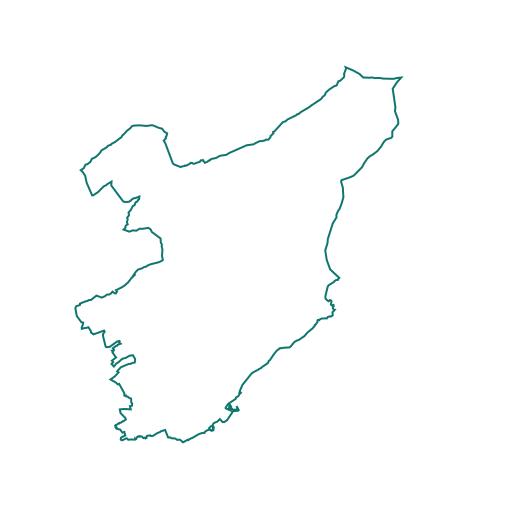 Holmestrand nor, Vestfold, Norway, rotated 74°
{"feature_id": "86288312B24065042628748", "entity_name": "Holmestrand nor", "entity_type": "district", "adm_level": 2, "iso_a3": "NOR", "parent_name": "Norway", "parent_adm1": "Vestfold", "projection": "orthographic", "projection_center": [10.216, 59.512], "detail": "fine", "context": "isolated", "style": "outline", "palette": "teal", "viewbox_px": 512, "rotation_deg": 74, "n_neighbors": 0, "source": "geoboundaries", "source_scale": "gbopen_adm2", "svg_char_len": 6140}
<svg xmlns="http://www.w3.org/2000/svg" viewBox="0 0 512 512"><g transform="rotate(74 256 256)"><path d="M415.0,377.5L413.8,372.3L414.4,371.7L413.7,370.5L413.1,366.4L411.6,360.8L411.3,357.9L411.6,354.7L412.6,354.3L411.6,354.3L410.6,352.8L410.1,350.8L410.0,348.6L411.8,346.9L411.8,346.2L409.8,348.3L408.6,348.6L407.4,346.7L407.2,345.4L408.9,344.5L411.7,345.7L410.6,344.4L408.9,343.8L406.8,344.4L405.6,343.4L404.9,342.2L404.5,338.8L402.8,335.7L406.4,333.9L406.9,332.4L405.9,329.1L398.8,320.7L399.8,315.9L399.4,315.1L394.9,316.0L398.6,316.0L397.4,320.7L394.8,321.8L397.7,322.8L397.2,323.4L394.4,322.8L393.8,321.5L390.9,322.4L391.0,322.9L392.6,322.6L396.0,324.8L394.1,327.1L393.3,326.9L390.5,323.5L387.7,314.9L386.5,314.2L385.9,311.7L383.9,309.6L383.3,309.9L382.3,309.3L384.1,307.8L382.0,308.9L381.2,308.7L376.1,304.5L367.7,292.6L367.0,290.7L365.8,284.8L365.5,284.4L365.1,281.9L364.4,280.8L362.6,275.2L361.9,273.7L360.3,272.6L359.9,271.3L354.9,265.3L352.4,261.6L351.8,259.4L351.3,259.1L351.3,257.7L351.7,257.2L351.7,255.4L353.1,248.9L352.5,247.4L350.4,244.7L349.1,242.4L348.5,239.9L348.6,238.4L346.3,231.5L343.7,227.5L341.2,221.7L339.5,218.9L338.5,218.5L338.4,217.7L336.5,215.3L334.8,214.6L334.5,213.9L335.2,213.1L334.5,211.9L334.2,210.0L335.5,205.0L334.5,203.9L334.3,201.7L334.9,200.9L334.2,198.6L331.2,198.0L329.4,195.1L328.7,196.2L327.2,196.5L326.1,196.0L325.6,195.1L324.4,195.0L324.3,196.9L323.1,197.4L320.7,196.0L319.7,196.0L318.7,197.0L319.5,198.7L317.6,200.2L316.1,200.9L313.8,200.4L305.5,195.7L304.2,194.4L302.4,188.2L301.8,187.5L301.2,185.7L301.5,183.6L300.6,183.2L300.0,182.0L289.3,188.4L279.4,189.1L269.7,187.9L263.3,183.7L259.5,182.3L245.8,173.2L241.1,168.0L238.5,167.3L235.4,164.8L234.2,163.1L229.3,159.3L223.6,155.8L214.3,153.7L208.3,153.7L206.7,153.0L206.2,143.9L205.8,140.6L205.3,139.2L199.8,129.5L196.8,126.7L192.9,122.0L191.4,118.8L190.9,116.4L188.7,110.6L185.6,106.0L181.6,101.7L180.0,98.9L179.7,93.5L178.9,92.1L173.7,90.6L168.5,83.1L167.3,82.5L164.1,81.9L154.9,82.5L151.6,81.0L132.9,78.5L127.7,72.4L124.5,67.2L123.7,71.6L123.7,74.3L122.9,77.4L120.3,85.4L119.0,87.8L117.7,92.8L116.3,95.4L116.0,97.6L113.9,103.8L109.6,106.3L104.3,111.6L99.3,117.8L100.6,117.7L105.4,121.3L106.6,121.2L108.5,122.3L110.8,126.9L110.8,128.7L114.2,131.4L114.4,132.5L114.2,133.5L116.1,139.6L118.1,143.7L120.2,145.4L121.8,148.7L123.0,150.0L126.5,161.2L127.7,164.3L130.1,173.5L131.3,176.0L131.0,177.1L131.7,178.3L133.4,187.9L134.6,190.4L134.8,193.4L141.4,204.1L141.5,205.4L142.9,205.5L144.8,209.0L145.9,209.5L147.6,212.0L146.9,214.5L147.4,215.6L147.1,219.2L146.6,220.7L147.4,225.7L148.0,227.4L147.0,234.6L149.6,253.3L150.6,256.7L149.8,262.2L149.9,263.9L150.8,267.3L150.4,272.5L151.4,274.1L151.1,274.4L152.1,277.2L152.3,279.5L149.1,280.6L149.4,281.4L148.8,282.6L150.1,284.3L150.0,286.5L150.3,289.7L150.0,290.9L148.8,291.9L148.5,293.2L148.9,293.5L150.0,298.5L149.4,299.3L149.8,300.3L149.5,302.5L149.8,303.8L146.0,308.8L144.2,310.4L122.6,312.1L119.7,312.9L118.0,310.1L116.9,310.1L115.8,308.8L113.6,307.6L111.3,309.8L107.7,311.2L105.9,314.3L102.1,318.9L101.4,320.8L100.9,325.2L98.3,331.9L97.0,337.4L97.0,339.4L98.6,341.8L100.0,345.4L102.7,349.8L103.3,351.4L104.6,352.4L107.5,360.0L108.4,364.0L109.0,364.5L109.3,368.0L110.4,369.5L111.9,375.5L113.9,377.6L116.3,382.0L117.2,385.1L117.2,386.8L119.9,389.3L121.3,392.9L121.2,394.8L124.1,397.3L125.2,400.8L127.6,399.4L131.8,398.1L138.9,398.6L152.5,396.8L152.8,395.8L151.1,390.4L147.1,383.2L146.6,380.3L146.0,379.4L144.7,374.4L148.3,375.7L167.0,368.6L168.5,365.9L168.5,364.4L168.9,363.3L168.2,361.0L167.5,360.1L166.8,357.4L167.1,355.9L166.7,351.7L169.2,352.8L169.5,353.8L171.0,355.1L171.0,356.2L171.8,357.5L173.5,358.5L173.9,359.5L173.9,360.5L177.5,363.9L179.0,366.5L182.0,366.9L183.6,369.3L185.4,369.2L187.9,370.8L190.2,370.6L190.6,372.2L191.6,373.4L192.9,373.7L194.1,376.0L197.7,371.0L197.4,367.3L198.7,364.1L197.7,360.3L198.6,357.6L199.3,351.7L201.4,350.0L204.2,349.5L212.9,342.9L216.8,343.8L218.8,343.3L221.1,344.1L223.8,344.1L229.9,346.3L234.1,346.6L234.5,347.3L235.2,351.0L234.9,360.0L235.4,363.3L235.9,364.2L235.8,366.5L236.5,369.3L236.5,373.1L238.3,376.2L240.4,378.7L240.4,377.0L243.0,382.0L246.2,386.3L248.2,390.6L249.0,393.2L250.3,400.1L251.9,399.4L253.4,401.1L252.7,402.3L250.7,403.7L252.1,405.9L252.6,407.7L252.2,408.9L252.1,410.5L252.9,411.8L253.5,415.7L250.1,420.3L252.8,426.8L252.3,428.8L252.8,430.7L252.6,432.2L253.2,438.3L254.5,438.6L254.8,442.8L256.3,444.0L264.3,444.8L271.6,442.1L272.3,440.5L274.8,441.7L276.5,443.2L278.0,443.5L278.0,440.3L278.4,438.6L278.2,436.8L282.6,435.4L284.0,435.7L286.4,433.9L286.1,433.5L286.5,432.7L285.8,422.6L287.2,422.4L288.9,424.6L290.8,425.1L301.0,425.5L302.4,425.1L303.0,421.5L299.9,413.1L300.1,409.8L300.7,411.8L303.0,410.3L303.2,413.4L303.9,414.1L303.9,415.3L305.2,419.0L307.1,418.4L307.8,419.1L307.4,420.5L308.8,420.1L309.2,420.5L315.0,418.5L316.9,423.4L318.7,422.5L319.9,424.6L323.1,423.1L321.0,420.2L320.2,417.5L318.4,413.9L318.0,412.8L318.0,409.2L316.9,404.6L317.2,404.3L317.4,401.7L321.0,400.7L322.7,400.8L325.0,402.0L324.7,404.2L325.1,406.2L324.7,408.3L325.7,416.6L328.6,421.3L330.0,420.2L332.8,424.8L334.6,429.9L339.1,425.5L341.3,424.3L341.2,422.8L351.7,420.4L353.8,421.0L354.2,419.6L354.9,419.9L355.8,418.1L357.1,417.4L358.7,415.4L362.6,416.3L363.6,415.7L365.7,416.5L365.6,418.6L368.9,418.7L366.8,424.6L365.9,429.2L369.7,429.5L375.7,426.2L377.3,426.2L378.4,429.1L378.1,429.7L379.0,432.0L378.8,433.2L379.3,433.7L379.0,434.2L379.9,436.5L379.8,437.5L380.4,438.2L382.1,437.4L382.2,438.1L383.5,437.8L385.4,434.4L389.0,433.1L388.8,431.1L392.5,431.1L392.4,431.7L392.9,432.9L392.8,433.8L393.5,435.9L395.0,436.6L395.9,436.2L396.3,435.3L395.5,431.0L395.9,430.2L397.4,429.5L398.0,426.2L398.7,424.6L399.0,422.9L398.6,422.7L399.1,422.6L398.8,421.5L397.4,420.5L397.4,419.6L396.8,418.9L397.1,417.7L397.7,417.5L397.5,416.4L398.3,415.4L400.0,414.5L399.9,413.3L400.9,412.6L400.6,411.3L399.2,411.0L398.9,410.4L399.2,407.2L400.1,406.7L400.5,404.7L399.0,399.6L398.8,396.8L398.3,396.0L398.2,391.3L406.2,390.5L406.6,389.5L406.5,388.7L407.7,387.7L408.5,386.1L408.6,385.1L409.6,383.5L411.0,382.5L411.6,379.7L415.0,377.5Z" fill="none" stroke="#0f766e" stroke-width="2"/></g></svg>